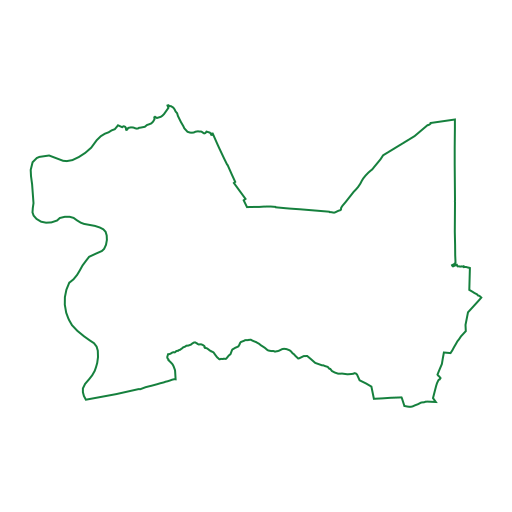 Negri, Bacau, Romania
{"feature_id": "2599482B87811792922311", "entity_name": "Negri", "entity_type": "district", "adm_level": 2, "iso_a3": "ROU", "parent_name": "Romania", "parent_adm1": "Bacau", "projection": "orthographic", "projection_center": [26.996, 46.704], "detail": "fine", "context": "isolated", "style": "outline", "palette": "green", "viewbox_px": 512, "rotation_deg": 0, "n_neighbors": 0, "source": "geoboundaries", "source_scale": "gbopen_adm2", "svg_char_len": 6036}
<svg xmlns="http://www.w3.org/2000/svg" viewBox="0 0 512 512"><path d="M435.8,402.0L433.0,398.1L434.9,390.7L436.2,385.7L437.0,383.2L438.3,380.4L438.8,379.7L439.6,379.5L440.5,378.1L440.0,377.6L439.5,376.7L438.3,375.7L437.9,375.3L437.5,374.6L438.6,371.8L439.6,369.4L441.8,364.2L442.0,363.3L442.8,358.4L443.9,352.5L450.5,353.1L452.3,350.4L454.0,347.2L456.0,343.8L457.4,341.3L459.0,339.3L461.0,336.3L465.8,331.1L465.5,324.9L468.0,312.3L476.5,303.0L479.3,299.9L481.3,297.6L480.4,296.7L479.8,296.2L478.9,295.7L477.9,295.4L477.0,294.3L474.4,293.0L472.6,291.8L469.3,289.9L469.9,268.0L468.7,267.6L468.4,267.7L467.2,267.3L466.1,267.0L464.4,267.0L464.0,267.1L463.9,267.1L463.8,266.8L463.8,266.5L463.8,266.3L463.6,266.2L463.4,266.2L462.4,266.6L462.0,266.6L461.6,266.4L461.1,266.4L460.5,266.6L460.0,266.6L459.0,266.3L457.7,266.4L457.0,265.6L457.0,265.2L456.9,264.9L456.8,264.7L456.3,264.7L455.8,264.9L455.5,265.2L455.1,265.5L454.5,265.7L453.0,266.4L452.7,266.2L452.5,265.7L452.1,265.5L452.0,265.2L454.2,264.1L455.5,262.7L455.4,259.8L455.2,255.3L455.1,245.1L454.8,231.7L455.0,202.3L454.9,201.3L455.0,200.2L454.7,164.9L454.7,147.5L454.8,137.0L454.9,128.3L454.9,123.3L454.9,119.5L430.6,123.0L430.5,123.7L429.5,124.5L428.3,125.1L427.6,125.1L414.6,136.1L383.1,155.3L380.5,159.3L375.9,164.9L374.3,166.8L372.9,168.6L371.8,169.8L370.8,170.5L368.4,172.6L365.6,175.5L363.2,178.5L361.8,180.8L360.3,183.7L358.0,187.1L356.0,189.4L353.6,191.9L345.5,202.2L342.5,205.7L341.4,207.4L341.1,208.0L341.0,209.3L340.9,209.7L340.3,210.2L339.5,210.4L337.9,211.0L335.9,212.0L334.5,212.6L333.3,212.6L332.0,212.3L330.5,212.1L329.6,212.1L329.2,211.7L300.3,209.3L290.0,208.6L285.3,208.2L275.8,207.3L275.5,206.9L270.3,206.5L263.8,206.6L259.8,206.9L249.9,207.0L247.0,207.1L244.7,202.4L243.7,200.3L245.5,198.9L233.9,183.0L235.2,181.9L231.9,174.7L227.6,165.0L227.1,164.6L223.9,158.1L219.1,147.9L217.5,144.4L212.7,133.5L212.1,133.5L211.9,134.3L211.7,134.9L211.2,134.8L210.7,133.6L209.8,132.6L206.5,131.6L205.7,132.7L205.2,133.1L204.3,133.4L203.7,133.2L202.2,132.1L201.0,131.5L199.2,131.5L198.0,131.3L195.5,131.7L193.8,132.5L191.9,132.7L190.1,132.6L187.5,131.8L184.3,128.3L183.4,126.3L181.9,123.7L181.0,122.2L177.9,115.9L177.1,113.2L175.6,111.5L174.8,109.8L174.0,108.5L173.0,107.4L170.8,106.1L169.7,106.1L168.3,105.2L167.5,105.5L168.4,107.9L164.0,114.1L162.4,115.7L160.8,116.8L156.9,118.0L155.0,116.8L154.3,117.3L154.5,119.2L153.1,121.6L151.3,123.4L149.1,124.3L147.0,125.0L144.8,126.8L140.7,127.6L139.0,127.8L138.4,128.3L137.7,128.5L136.5,128.6L135.0,128.2L133.6,127.6L132.0,127.4L130.7,127.4L128.3,127.9L127.9,128.4L127.2,129.6L126.3,129.9L126.0,129.3L125.9,128.5L125.9,127.9L125.2,126.9L124.5,126.5L123.5,126.3L122.9,126.6L122.2,127.2L118.0,125.3L116.9,126.7L114.8,129.2L111.6,130.4L108.6,132.3L104.9,133.7L100.8,136.2L96.7,140.2L91.2,147.7L85.2,152.9L78.9,157.0L72.4,160.1L66.8,161.1L63.1,160.8L49.1,155.5L39.4,156.9L36.8,158.0L32.6,162.2L30.7,169.9L31.0,176.1L32.1,184.3L33.1,197.8L33.5,203.2L32.8,208.0L32.5,212.4L33.6,215.6L36.5,218.9L41.1,221.7L46.1,222.7L51.4,222.4L57.1,220.5L59.8,218.0L64.8,216.8L69.7,216.8L73.6,217.9L76.9,220.3L80.8,222.7L84.0,223.9L94.9,225.9L99.8,227.5L103.3,229.3L105.6,231.8L106.7,235.5L106.9,239.9L106.0,244.8L104.1,248.9L101.9,251.0L96.0,253.6L89.1,256.8L86.0,260.8L82.5,265.5L79.8,270.4L77.1,274.9L73.5,279.3L69.7,282.4L69.3,282.6L66.4,289.7L64.9,297.1L64.8,304.7L65.6,309.3L66.2,312.7L68.2,318.1L69.1,320.1L72.0,325.2L77.3,330.8L84.0,336.3L89.9,340.5L94.0,343.2L96.6,346.6L97.8,350.7L98.0,357.1L97.2,363.0L96.0,367.2L94.7,370.9L92.2,375.3L89.3,379.0L85.1,383.9L82.9,388.4L82.9,392.2L83.9,396.0L85.9,399.7L116.3,394.1L120.3,393.2L138.6,389.1L140.3,389.2L145.6,387.2L149.1,386.3L151.3,385.8L157.2,384.2L160.1,383.3L163.8,382.4L165.6,381.7L167.5,381.3L170.3,380.4L171.8,379.8L173.8,379.3L174.5,379.2L175.6,379.3L175.1,371.0L175.0,370.2L174.7,369.3L173.7,366.6L173.1,365.3L172.3,364.0L170.5,362.1L168.4,360.1L168.5,359.5L167.7,358.6L167.3,357.7L167.3,356.8L168.1,354.2L169.4,354.1L170.2,353.8L171.0,353.4L172.0,352.7L172.8,352.4L173.6,352.2L174.5,352.4L175.1,352.2L175.5,351.9L176.0,351.3L176.4,351.0L177.0,351.0L177.3,350.8L177.7,350.7L178.1,350.8L179.1,350.0L180.1,349.8L181.1,349.0L182.3,348.2L182.9,347.6L183.2,347.3L184.5,346.9L185.3,346.5L186.4,345.7L188.2,345.6L191.0,344.6L191.5,344.1L192.3,343.5L193.6,342.7L194.0,342.5L195.2,342.4L196.0,342.9L196.8,343.2L197.4,343.9L197.7,344.0L198.8,344.5L200.1,344.3L201.4,344.4L202.8,345.0L204.3,346.0L204.7,346.8L204.5,347.3L204.9,347.9L206.6,348.2L207.0,348.4L208.6,349.5L209.4,350.2L210.1,350.7L210.8,350.9L211.1,351.2L211.2,351.4L212.5,351.8L213.6,352.5L215.2,354.8L217.2,357.4L218.2,358.2L219.0,359.0L219.6,359.3L220.1,359.2L220.8,358.9L221.2,358.9L223.0,359.0L223.5,358.8L223.8,358.7L225.7,358.9L226.0,358.8L226.7,358.1L228.0,356.5L228.8,355.5L230.1,354.5L230.7,353.8L230.8,353.3L231.9,350.4L232.2,349.8L232.5,349.4L233.6,348.8L235.4,347.7L236.5,347.3L238.4,346.4L238.9,345.5L239.6,344.4L239.7,343.8L240.2,342.8L240.9,342.0L244.0,340.8L245.1,340.2L245.9,340.1L248.1,340.1L248.7,339.9L249.4,339.9L250.4,339.7L251.0,339.8L251.8,340.3L253.5,341.1L255.1,341.7L255.5,341.9L256.2,342.1L256.4,342.3L259.1,343.8L260.9,345.3L262.2,346.1L264.8,347.8L267.5,350.1L268.4,350.5L270.3,350.9L272.0,351.1L272.7,351.0L273.8,351.1L274.4,351.4L274.9,351.6L275.7,351.5L276.3,351.3L277.3,351.2L278.8,350.8L282.2,349.1L284.1,348.8L286.5,349.1L289.6,350.3L291.0,351.4L292.6,353.3L293.9,354.2L295.5,356.0L298.2,358.5L299.2,358.3L303.7,356.1L307.2,356.0L310.9,359.1L315.2,362.9L322.0,365.3L323.3,365.3L324.8,366.0L327.7,366.9L329.4,368.8L330.3,368.9L331.9,371.0L334.7,372.5L338.2,373.7L342.3,373.6L347.5,374.3L351.4,374.0L353.6,373.7L354.3,373.2L354.8,373.2L356.2,373.7L357.1,374.7L359.6,380.3L366.1,383.5L371.4,386.6L373.9,398.8L382.0,398.4L390.4,397.8L401.5,397.4L401.9,398.2L404.4,406.0L404.6,406.0L407.7,406.6L409.3,406.8L410.5,406.8L411.9,406.6L413.4,406.1L414.5,405.5L418.0,404.2L420.8,402.7L422.1,402.4L423.9,402.3L424.9,402.0L425.6,401.7L427.6,401.6L435.8,402.0Z" fill="none" stroke="#15803d" stroke-width="2"/></svg>